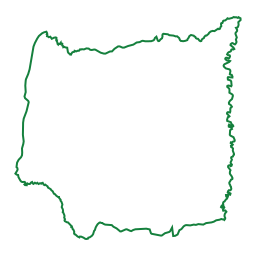 outline of São José do Xingu, Mato Grosso, Brazil
{"feature_id": "56859067B62238110035990", "entity_name": "São José do Xingu", "entity_type": "district", "adm_level": 2, "iso_a3": "BRA", "parent_name": "Brazil", "parent_adm1": "Mato Grosso", "projection": "robinson", "projection_center": [-52.561, -10.682], "detail": "fine", "context": "isolated", "style": "outline", "palette": "green", "viewbox_px": 256, "rotation_deg": 0, "n_neighbors": 0, "source": "geoboundaries", "source_scale": "gbopen_adm2", "svg_char_len": 5727}
<svg xmlns="http://www.w3.org/2000/svg" viewBox="0 0 256 256"><path d="M230.2,194.6L230.5,193.5L229.1,192.7L228.3,193.0L227.7,192.4L228.1,191.1L228.9,190.2L230.2,190.3L230.9,189.8L231.3,188.9L230.9,186.6L230.3,185.9L230.2,185.1L229.4,183.8L229.3,182.6L231.1,179.6L232.3,179.1L232.5,178.1L231.7,176.3L230.1,174.1L229.8,173.1L230.0,171.4L230.5,170.2L228.1,167.1L228.1,166.1L228.6,165.5L229.8,165.2L230.6,166.2L231.5,165.8L231.9,164.6L230.7,163.1L230.6,162.3L231.9,159.7L231.1,157.9L231.4,157.1L232.9,156.5L233.4,155.2L234.0,154.7L234.0,153.9L232.8,150.7L233.0,148.5L232.2,147.6L231.2,147.1L231.0,145.8L232.3,145.4L232.8,144.6L230.7,143.1L230.9,142.3L232.1,142.4L233.0,141.6L234.3,141.4L234.7,140.8L234.7,140.0L233.5,137.2L230.4,135.6L229.8,134.8L230.1,130.4L230.5,129.8L232.0,129.0L231.3,127.5L228.8,126.7L228.7,125.4L229.1,124.6L231.8,126.7L232.5,126.8L233.3,126.1L232.9,125.2L231.5,124.0L230.8,122.2L227.2,120.9L227.1,119.6L227.9,117.1L229.0,116.8L229.5,116.3L227.0,113.7L227.2,112.6L228.0,112.1L230.0,112.5L230.3,111.5L230.3,108.8L230.7,107.7L231.5,107.3L231.9,106.7L230.8,105.1L229.0,103.9L228.9,102.6L229.8,101.0L232.0,99.0L232.9,95.9L232.7,95.0L232.1,94.3L229.4,92.7L229.5,90.0L229.2,88.6L227.2,86.8L227.4,85.8L228.5,85.5L231.2,86.3L231.6,85.5L231.2,81.4L230.6,80.5L227.9,79.6L227.7,77.8L228.1,77.1L232.4,77.5L232.5,76.6L231.7,74.8L230.4,74.7L229.8,74.2L230.4,71.3L230.2,70.2L229.5,69.4L225.8,68.4L223.9,66.6L223.6,65.7L223.9,64.9L224.5,64.2L229.2,62.0L230.1,61.0L228.9,60.5L226.8,60.4L225.4,59.2L225.3,58.4L225.9,57.8L226.8,57.7L228.3,58.3L229.3,58.0L230.0,56.5L229.8,55.5L229.1,55.2L228.1,55.2L227.1,54.4L227.8,53.0L228.7,52.2L230.5,51.5L231.1,50.8L231.3,49.7L232.1,49.3L233.4,49.5L234.3,49.0L233.4,47.5L230.5,45.1L230.7,44.1L231.9,43.2L232.6,43.1L234.5,44.3L235.2,44.3L236.3,42.7L236.5,41.8L235.9,39.6L236.8,37.4L235.5,34.0L235.5,33.1L237.1,30.9L237.1,29.8L236.0,27.8L237.3,27.5L238.0,26.8L238.6,24.8L238.3,22.2L240.6,20.0L240.5,18.3L238.5,17.2L237.9,17.9L236.1,17.2L234.9,17.4L233.8,17.0L232.2,17.9L228.8,18.8L227.5,18.3L226.7,19.3L225.0,20.5L224.0,20.5L223.2,20.9L222.4,23.0L221.4,23.1L221.0,23.9L221.3,26.2L220.6,26.9L219.9,28.8L218.9,29.2L218.1,28.7L214.5,31.1L212.6,30.9L210.7,31.5L209.1,32.8L208.6,33.8L206.5,35.6L205.5,35.6L204.3,36.9L204.0,37.9L202.1,39.2L201.6,40.0L201.3,41.0L200.4,41.2L199.5,40.7L198.0,38.8L196.6,38.6L195.9,38.1L195.3,36.8L194.4,36.5L193.8,35.7L191.0,35.0L189.4,36.1L188.6,37.8L187.6,39.1L187.3,40.1L185.4,40.8L183.2,41.2L180.8,40.9L179.9,40.0L179.2,38.1L177.1,36.3L175.7,36.4L173.5,35.6L169.3,35.2L167.9,34.3L163.4,33.8L162.7,34.3L162.4,35.2L162.5,36.5L162.0,38.3L160.5,39.4L159.2,41.0L158.3,41.1L157.6,40.1L156.4,36.7L154.9,38.0L154.2,39.7L153.4,40.4L151.2,41.2L145.4,41.3L142.8,40.8L141.8,41.0L139.7,42.1L136.6,42.5L133.4,44.6L128.1,46.0L124.1,47.6L122.5,47.6L119.7,46.4L118.1,46.4L114.5,48.8L112.0,51.4L109.9,51.5L105.5,53.6L103.9,53.6L100.7,52.7L95.4,49.7L94.2,49.5L91.8,50.0L90.2,49.8L88.7,48.6L86.4,48.4L84.0,49.4L81.8,49.2L80.9,49.6L80.1,49.3L78.9,50.8L77.8,50.7L76.2,51.4L74.6,50.8L74.3,51.8L72.5,52.2L71.4,53.6L71.1,54.6L70.2,54.6L69.7,53.8L68.7,53.3L67.9,52.0L67.2,47.7L65.3,47.4L64.2,46.9L63.3,47.2L63.2,46.1L62.2,45.5L62.3,43.7L61.4,43.3L60.8,43.7L60.7,42.7L59.7,44.0L58.6,43.9L58.2,44.6L57.5,43.8L57.5,42.7L56.7,41.2L57.0,40.3L56.2,40.0L56.5,37.9L55.8,37.4L54.0,37.7L51.8,38.8L50.3,36.7L48.8,37.2L48.2,36.6L47.0,36.2L47.3,34.7L46.7,34.2L47.2,33.3L46.4,31.7L44.1,32.3L42.2,33.2L38.9,36.0L37.2,38.6L34.9,43.0L33.5,46.6L29.6,69.3L28.2,74.0L25.9,79.4L25.7,80.7L25.3,85.6L25.7,92.1L24.5,96.4L25.1,98.2L28.1,100.8L28.5,101.4L28.7,102.3L26.5,111.3L23.7,118.7L23.1,122.7L22.9,134.9L23.7,141.3L23.3,143.9L22.0,148.4L22.2,152.6L22.0,155.3L21.0,157.3L18.7,159.7L17.1,162.6L16.5,167.1L17.3,167.9L17.6,169.3L17.3,170.4L15.4,173.6L16.6,174.6L18.1,175.0L18.5,177.2L20.4,180.6L21.3,181.6L22.2,182.0L24.7,181.9L25.6,183.4L24.4,184.4L25.0,185.1L26.7,185.2L26.7,184.1L27.3,183.4L28.1,183.9L29.8,184.0L30.5,183.4L30.8,182.7L32.1,182.0L32.8,183.5L33.5,183.9L34.9,182.7L35.7,183.3L36.5,183.5L37.3,182.8L38.6,184.0L40.1,183.2L41.2,183.7L41.9,183.0L42.7,182.8L43.6,184.6L44.5,185.1L45.2,184.6L47.7,186.5L47.9,187.5L50.7,189.2L51.3,190.2L52.7,191.3L53.9,193.7L54.9,194.1L56.4,195.8L58.1,197.0L59.0,197.0L59.2,198.1L60.6,199.7L60.5,200.6L61.5,201.9L62.4,204.5L61.7,207.1L62.8,209.3L63.1,211.3L62.7,212.1L63.4,212.9L64.4,215.3L64.5,216.2L64.2,217.6L65.0,219.2L64.5,220.2L64.8,221.1L67.0,222.3L68.0,222.4L71.3,225.9L71.3,226.8L71.9,226.6L72.7,229.2L73.3,229.5L74.2,231.5L74.1,233.5L74.6,234.3L75.3,234.4L77.6,236.5L79.4,237.4L79.8,236.6L81.1,236.6L83.6,237.7L85.2,238.8L86.2,239.0L87.9,238.7L88.3,237.7L89.8,237.3L92.0,235.7L93.1,234.2L94.1,230.9L94.9,230.0L95.7,227.4L96.7,225.6L97.7,224.1L99.5,222.6L100.4,222.5L101.3,223.0L102.4,223.0L103.3,223.8L105.2,224.6L111.8,225.1L113.4,226.7L116.6,228.4L120.2,231.4L121.2,231.4L125.7,229.4L126.8,229.3L130.1,230.8L131.3,231.1L133.2,230.0L135.4,229.3L146.3,228.7L149.7,229.4L150.7,232.5L151.0,233.3L151.7,233.8L161.0,235.6L161.8,235.5L165.0,233.2L169.1,232.0L170.1,231.3L172.1,227.5L173.2,236.0L175.2,235.8L177.6,234.5L179.4,230.2L181.4,229.1L183.7,226.3L185.3,225.3L186.3,225.1L190.3,225.4L193.8,224.6L195.9,224.9L198.4,224.1L203.3,224.6L206.1,223.1L211.5,222.4L213.8,221.7L216.2,220.3L219.6,219.7L221.3,219.0L222.6,219.4L223.4,219.3L224.3,220.0L225.2,218.7L225.2,217.8L224.6,216.7L224.5,215.2L225.0,213.5L226.4,211.8L225.4,210.5L223.2,210.7L222.9,209.6L224.3,207.4L223.5,206.2L222.5,207.5L221.6,207.6L221.0,207.1L221.5,206.0L222.4,205.1L223.3,204.8L223.0,203.2L223.6,201.9L224.6,201.4L225.8,199.6L227.0,198.6L227.3,196.8L226.2,196.5L226.0,195.0L227.9,194.8L228.2,195.7L228.7,194.4L229.3,194.2L230.2,194.6Z" fill="none" stroke="#15803d" stroke-width="2"/></svg>